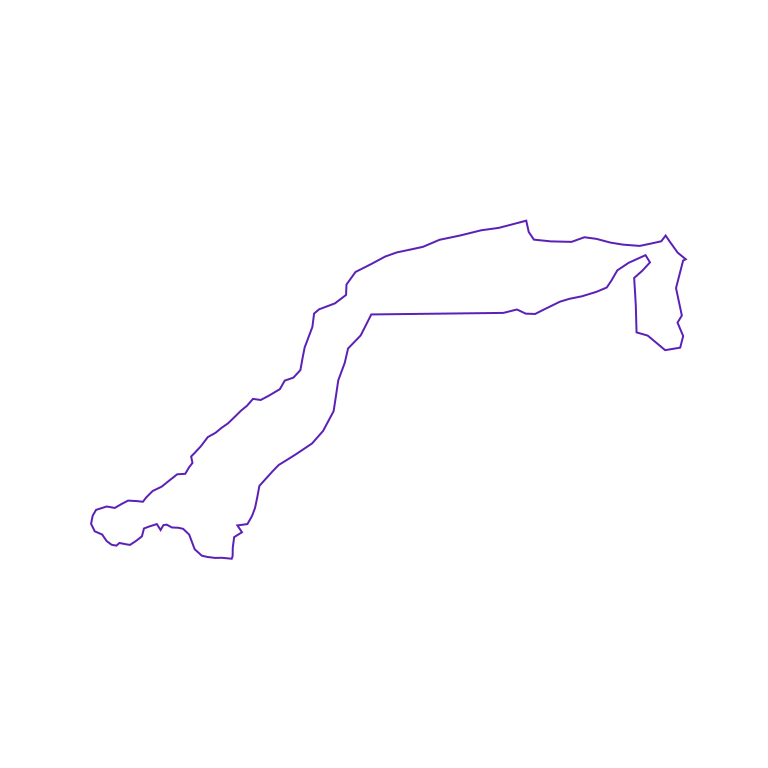 the district of Kato Arodes, Paphos, Cyprus, rotated 151°
{"feature_id": "46923920B59475373128367", "entity_name": "Kato Arodes", "entity_type": "district", "adm_level": 2, "iso_a3": "CYP", "parent_name": "Cyprus", "parent_adm1": "Paphos", "projection": "mercator", "projection_center": [32.375, 34.942], "detail": "fine", "context": "isolated", "style": "outline", "palette": "violet", "viewbox_px": 768, "rotation_deg": 151, "n_neighbors": 0, "source": "geoboundaries", "source_scale": "gbopen_adm2", "svg_char_len": 1915}
<svg xmlns="http://www.w3.org/2000/svg" viewBox="0 0 768 768"><g transform="rotate(151 384 384)"><path d="M580.1,323.2L580.8,331.4L571.4,327.7L563.5,332.5L556.9,338.1L550.0,346.1L542.4,355.3L524.0,361.6L515.5,364.2L495.8,365.2L475.7,366.9L460.0,372.5L441.2,384.7L431.0,397.9L422.2,409.4L408.0,421.6L398.2,432.5L380.8,437.8L361.4,451.0L245.1,388.3L231.6,384.7L225.9,376.8L217.9,372.0L207.6,371.6L190.2,370.7L180.5,368.6L168.5,364.8L153.4,361.6L142.4,360.4L135.3,364.0L124.8,370.3L111.3,371.4L92.8,369.9L92.4,361.4L103.3,357.8L113.8,355.5L118.1,346.4L125.8,330.4L138.1,306.7L129.9,298.5L121.7,277.3L107.3,272.2L99.1,280.9L97.5,295.4L90.3,299.5L82.1,326.3L62.6,346.9L59.6,346.8L63.5,356.6L65.1,370.7L65.6,376.2L65.7,377.3L72.3,374.4L82.1,377.3L93.4,380.8L107.5,390.1L117.4,397.9L127.9,408.0L137.6,415.2L151.1,417.4L169.0,427.9L182.9,437.6L183.7,446.8L180.5,457.6L180.4,457.9L207.9,464.9L224.4,471.3L245.5,477.0L265.5,483.2L283.5,485.1L309.1,492.9L321.1,494.9L336.4,495.1L354.6,495.8L368.6,489.2L374.0,480.3L387.8,478.3L404.5,480.8L411.0,479.5L419.0,468.6L435.7,454.4L442.3,446.6L450.4,436.7L460.1,433.5L469.2,435.1L477.5,430.0L490.7,429.6L499.6,429.8L505.8,434.5L514.4,431.4L522.1,430.0L528.1,428.3L539.6,425.2L547.5,424.4L554.9,423.0L563.8,423.0L574.2,418.4L583.4,415.4L587.8,414.1L589.8,407.8L594.8,405.7L601.4,401.8L608.7,405.3L618.4,403.7L628.3,402.0L638.2,402.6L646.9,400.1L652.0,397.9L657.2,401.6L664.4,406.1L671.5,406.3L679.5,406.1L685.9,411.3L692.4,412.6L696.9,413.5L702.7,410.0L708.0,403.7L708.4,395.4L703.5,389.0L702.7,381.0L700.2,375.5L696.5,372.4L692.5,373.2L686.1,367.9L684.1,366.4L676.8,367.0L669.6,368.1L664.0,374.0L658.4,373.2L650.6,371.6L650.2,364.6L645.4,367.5L642.3,366.4L639.0,361.3L633.6,358.0L629.9,354.7L627.4,346.7L629.7,331.3L626.6,322.2L622.5,318.5L616.1,313.8L609.9,310.5L601.9,305.0L599.8,306.9L595.6,314.2L589.3,322.7L580.1,323.2Z" fill="none" stroke="#5b21b6" stroke-width="2"/></g></svg>